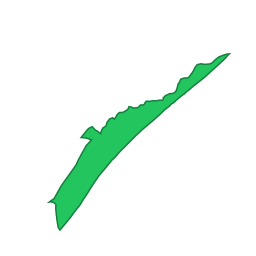 the district of Ibeju Lekki, Lagos, Nigeria, rotated 310°
{"feature_id": "59680162B89638160160445", "entity_name": "Ibeju Lekki", "entity_type": "district", "adm_level": 2, "iso_a3": "NGA", "parent_name": "Nigeria", "parent_adm1": "Lagos", "projection": "orthographic", "projection_center": [3.982, 6.458], "detail": "fine", "context": "isolated", "style": "filled", "palette": "green", "viewbox_px": 256, "rotation_deg": 310, "n_neighbors": 0, "source": "geoboundaries", "source_scale": "gbopen_adm2", "svg_char_len": 2591}
<svg xmlns="http://www.w3.org/2000/svg" viewBox="0 0 256 256"><g transform="rotate(310 128 128)"><path d="M20.7,115.3L21.8,116.3L23.1,118.7L23.2,120.3L23.1,121.9L20.1,124.2L15.2,129.1L14.0,130.6L12.6,131.9L11.5,133.1L7.0,138.4L6.4,140.3L6.1,141.5L10.6,141.5L18.8,141.4L22.6,141.4L25.4,141.2L28.4,141.0L32.1,140.8L38.5,140.7L41.2,140.2L45.4,139.6L47.0,139.5L52.1,138.9L55.7,138.4L58.2,138.0L63.2,137.4L66.7,137.0L69.2,136.8L72.5,136.5L75.3,136.4L78.2,136.4L82.0,136.5L83.5,136.5L87.6,136.4L90.5,136.5L90.5,136.4L93.0,136.3L97.4,136.9L97.8,136.9L102.1,136.9L106.6,137.1L111.3,137.6L113.4,137.7L117.1,138.1L123.3,138.6L124.7,138.7L126.5,138.8L128.6,139.1L134.0,139.8L136.2,140.0L141.7,141.0L143.7,141.3L147.1,141.9L149.6,142.4L154.6,143.1L158.9,143.7L163.5,144.2L165.4,144.4L166.9,144.7L167.8,144.9L170.9,145.6L174.2,145.8L177.1,146.8L179.6,147.0L183.7,147.7L188.4,148.6L190.3,149.3L191.0,149.3L192.6,149.4L194.6,149.8L196.7,150.3L200.6,150.9L202.0,151.1L202.7,151.3L215.2,153.9L217.4,154.3L219.5,154.5L239.8,157.3L242.5,157.6L245.3,157.7L247.7,157.7L249.9,158.0L248.1,156.2L243.3,153.2L241.3,152.4L241.2,152.0L236.4,151.0L231.7,150.5L229.4,149.3L226.1,145.9L224.8,143.8L224.0,142.5L221.0,140.3L217.0,140.5L214.5,141.2L214.0,141.4L213.3,141.5L212.6,141.4L212.3,141.6L210.9,141.7L209.9,141.7L208.6,142.0L208.2,141.9L205.2,141.8L204.0,140.8L202.6,139.1L200.9,138.0L200.5,137.7L199.3,137.0L198.5,137.2L196.6,137.9L196.4,137.8L194.8,138.2L194.4,138.0L193.9,138.1L193.2,138.5L192.7,138.7L189.6,140.2L187.9,140.8L186.9,141.0L186.6,141.1L186.2,140.9L185.2,140.9L183.8,140.4L182.6,139.5L181.4,138.1L179.7,137.2L176.3,135.7L175.8,135.9L174.6,135.9L174.1,135.4L172.8,136.4L171.8,136.8L171.0,136.4L170.6,135.3L168.7,133.5L166.5,131.8L165.5,130.1L162.1,127.2L161.6,126.6L161.5,126.3L160.7,125.2L160.0,124.7L158.3,124.8L156.6,125.2L155.6,125.0L155.1,124.5L154.7,123.9L153.6,122.8L152.8,122.6L151.7,122.8L149.9,122.3L147.9,120.5L146.9,119.5L146.1,116.9L145.0,115.0L142.8,115.8L141.1,115.6L138.9,114.9L137.6,114.5L136.9,114.0L136.2,113.6L135.9,113.2L135.4,112.7L134.9,112.1L134.6,111.8L134.4,111.5L134.0,111.4L133.4,111.3L132.8,111.1L132.0,111.2L131.2,111.1L130.6,111.3L130.1,111.2L129.3,111.5L127.7,111.8L127.3,111.7L126.1,111.9L125.9,109.6L123.1,108.1L118.8,108.3L115.8,109.7L114.0,109.5L111.9,108.7L109.1,109.3L106.1,110.8L105.9,106.3L105.4,104.4L106.0,99.7L102.8,98.3L102.1,98.1L99.4,98.0L90.5,98.2L91.1,99.0L93.3,102.2L94.2,104.1L95.3,107.7L89.1,107.4L88.0,107.3L78.8,109.0L72.1,110.4L66.1,112.0L40.9,114.0L26.3,116.8L22.7,115.7L20.7,115.3Z" fill="#22c55e" stroke="#15803d" stroke-width="1.5"/></g></svg>